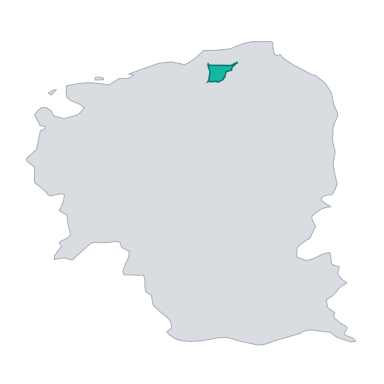 Rotonak Mondol, Batdâmbâng, Cambodia (highlighted), rotated 91°
{"feature_id": "14789045B15195219920111", "entity_name": "Rotonak Mondol", "entity_type": "district", "adm_level": 2, "iso_a3": "KHM", "parent_name": "Cambodia", "parent_adm1": "Batdâmbâng", "projection": "equal_earth", "projection_center": [102.87, 12.919], "detail": "fine", "context": "in_parent", "style": "filled", "palette": "teal", "viewbox_px": 384, "rotation_deg": 91, "n_neighbors": 0, "source": "geoboundaries", "source_scale": "gbopen_adm2", "svg_char_len": 3587}
<svg xmlns="http://www.w3.org/2000/svg" viewBox="0 0 384 384"><g transform="rotate(91 192 192)"><path d="M338.3,25.7L339.2,29.9L336.9,38.0L334.4,45.2L329.6,51.6L329.4,56.3L327.8,70.3L328.5,74.8L329.6,78.6L331.2,80.6L335.5,94.3L339.4,106.8L343.2,117.1L343.9,123.5L340.6,140.0L336.7,155.1L337.1,162.6L338.8,170.1L340.7,180.2L341.5,193.0L340.6,201.4L338.8,206.6L335.3,212.0L332.3,214.7L328.6,210.2L325.7,210.0L321.8,211.3L318.8,213.4L312.6,221.3L305.7,228.9L296.2,230.8L292.5,236.5L288.5,237.3L280.9,237.6L276.0,238.9L276.2,241.8L275.9,255.2L276.0,258.4L275.2,259.2L271.8,259.6L266.0,257.5L258.1,254.2L252.5,253.7L249.7,259.5L248.0,261.8L245.9,262.2L243.7,263.2L242.9,265.8L242.8,269.1L243.9,274.7L244.3,283.6L244.0,289.7L246.1,293.5L258.1,306.4L261.7,309.7L262.1,311.6L260.0,318.6L261.9,328.5L258.2,328.3L251.9,324.1L248.9,321.5L245.3,323.6L244.0,323.2L241.5,318.3L238.3,313.3L235.0,313.0L228.0,315.0L220.8,316.3L218.1,316.3L217.0,317.2L212.9,324.6L211.1,323.3L203.9,320.5L197.3,319.4L196.0,321.3L196.8,327.4L198.3,333.2L197.4,335.7L193.8,338.8L189.1,344.4L186.1,348.7L184.1,349.8L176.8,349.6L169.6,350.2L166.7,354.3L164.0,357.5L161.6,358.3L152.2,348.2L133.4,344.7L131.3,340.2L129.5,339.4L127.8,345.2L117.5,350.7L113.1,347.4L110.0,343.3L110.4,338.3L113.4,334.2L118.5,331.3L120.9,321.1L117.0,308.0L113.6,304.2L109.9,301.2L106.1,306.0L103.0,314.4L99.6,318.6L94.9,319.6L88.0,319.3L85.4,306.8L84.5,296.2L85.4,284.0L86.4,276.8L79.8,266.8L79.4,257.4L76.2,252.5L75.3,254.9L75.4,257.7L74.5,255.7L64.0,227.9L62.3,215.1L64.1,205.2L65.1,201.9L62.1,196.6L57.9,190.7L50.4,183.0L49.9,170.7L48.2,156.2L46.0,151.4L42.5,142.5L40.7,135.1L40.1,115.6L41.0,114.1L46.3,113.5L53.1,112.1L54.2,109.0L53.0,106.4L57.4,102.0L63.6,92.3L68.4,82.2L71.9,75.8L74.0,69.5L80.9,60.6L90.6,54.4L97.1,53.0L104.0,50.9L110.5,47.9L113.6,47.6L121.7,51.2L126.1,52.1L130.7,52.1L135.5,52.4L139.7,52.1L149.6,49.5L160.2,51.5L169.6,50.0L181.2,47.1L187.0,48.9L192.2,51.8L192.9,57.7L194.1,60.4L195.9,62.5L198.2,62.5L201.2,58.4L203.6,54.1L204.4,53.3L204.6,55.4L205.8,60.1L208.1,64.6L210.3,67.6L214.1,71.6L216.5,71.8L224.5,68.0L236.5,73.5L237.9,76.3L241.8,81.9L246.0,85.9L255.3,86.2L258.6,76.3L256.9,70.3L251.6,59.8L250.1,53.6L251.8,52.5L260.8,51.3L262.2,50.1L264.2,43.3L266.6,44.1L271.6,45.0L276.9,40.3L280.0,35.5L281.7,37.7L283.6,41.1L285.6,43.1L289.4,46.0L293.6,50.1L296.3,54.2L298.4,55.8L303.7,54.6L305.1,54.8L308.2,49.9L310.4,47.2L312.2,48.0L314.9,47.9L320.5,41.6L323.6,35.9L325.3,34.4L330.4,37.2L332.4,36.6L335.2,28.8L338.3,25.7ZM81.8,290.4L80.8,291.1L79.8,291.1L78.8,290.0L78.9,285.5L79.6,282.8L81.3,282.3L81.8,290.4ZM97.6,334.4L95.5,337.5L92.1,331.2L92.1,329.5L97.6,334.4Z" fill="#d9dde1" stroke="#a8b0b8" stroke-width="1"/><path d="M69.4,154.5L67.1,154.4L65.1,152.6L64.6,152.1L64.4,151.8L62.3,150.0L62.2,150.0L62.2,149.9L62.2,149.7L62.3,149.5L62.3,149.4L62.2,149.4L62.2,149.2L62.0,149.3L61.9,149.3L61.8,149.5L61.7,149.5L64.1,153.9L64.6,154.9L64.9,155.3L64.9,157.3L64.9,160.1L64.9,163.4L64.9,165.7L64.9,167.9L65.0,173.4L65.0,176.8L64.6,177.3L64.4,177.4L63.7,178.0L65.3,178.2L66.0,177.9L69.8,176.6L71.5,176.1L73.7,176.3L76.4,176.7L77.0,176.8L77.3,177.0L77.6,176.8L77.7,176.6L77.8,176.6L78.4,176.7L79.9,177.3L80.3,177.5L80.5,177.6L81.4,178.1L81.3,177.9L81.2,177.7L81.2,177.4L81.2,177.2L81.3,177.1L81.3,176.9L81.3,176.7L81.3,176.3L81.2,176.2L81.2,175.9L81.3,175.9L81.4,175.6L81.5,175.5L81.5,175.3L81.5,175.1L80.9,169.9L80.9,169.7L81.7,168.1L81.5,167.6L80.5,165.6L79.3,163.3L79.0,162.9L78.2,162.5L77.4,162.2L76.7,161.9L76.8,161.3L71.2,160.1L70.3,157.3L69.4,154.5L69.4,154.5Z" fill="#14b8a6" stroke="#0f766e" stroke-width="1.5"/></g></svg>